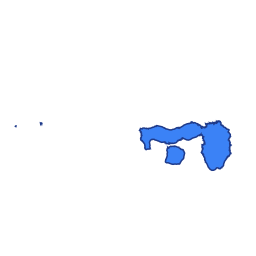 Isabela, Galápagos, Ecuador (Natural Earth projection), rotated 292°
{"feature_id": "8360857B49822942031092", "entity_name": "Isabela", "entity_type": "district", "adm_level": 2, "iso_a3": "ECU", "parent_name": "Ecuador", "parent_adm1": "Galápagos", "projection": "natural_earth1", "projection_center": [-91.231, 0.314], "detail": "fine", "context": "isolated", "style": "filled", "palette": "blue", "viewbox_px": 256, "rotation_deg": 292, "n_neighbors": 0, "source": "geoboundaries", "source_scale": "gbopen_adm2", "svg_char_len": 6074}
<svg xmlns="http://www.w3.org/2000/svg" viewBox="0 0 256 256"><g transform="rotate(292 128 128)"><path d="M131.6,139.5L130.8,139.9L130.1,139.6L129.8,140.6L129.2,141.0L129.3,141.2L129.0,141.2L129.0,141.6L128.6,141.7L128.5,142.3L128.2,142.5L127.6,142.4L126.8,143.1L126.8,142.8L126.4,142.9L124.8,143.8L124.0,143.5L123.7,143.9L122.8,143.7L121.6,144.5L121.6,145.2L121.3,145.5L121.6,146.0L121.1,146.4L121.0,147.0L120.4,147.5L120.4,148.0L119.9,148.4L119.5,149.3L117.4,150.6L116.2,150.9L115.8,151.5L115.2,151.5L114.7,152.9L115.7,153.8L116.5,155.7L116.9,156.2L117.0,155.8L117.8,156.0L118.7,155.1L119.9,155.0L122.9,153.2L125.0,153.4L126.4,154.4L126.4,154.9L126.9,155.3L127.3,156.8L127.0,157.3L127.3,159.4L127.2,160.3L127.4,161.1L127.2,162.4L127.3,164.6L128.8,167.3L128.8,168.0L128.1,168.0L128.2,168.9L127.9,169.2L128.1,169.3L128.1,170.0L128.5,170.9L128.4,172.0L128.9,172.6L129.6,172.0L129.5,172.7L129.9,173.1L130.0,174.2L130.5,174.6L130.4,175.2L131.2,176.6L131.7,177.0L131.9,177.6L132.9,178.4L134.4,178.7L134.9,179.3L135.3,179.1L135.6,179.5L135.4,179.7L135.5,179.6L136.2,180.4L136.1,180.8L136.8,181.2L136.8,181.5L137.1,181.4L137.5,181.6L137.5,181.4L138.0,181.9L138.3,181.9L138.3,182.5L139.2,182.2L139.3,182.7L139.1,183.8L139.0,186.9L139.5,188.7L140.9,190.3L142.7,191.5L145.5,194.9L147.4,195.9L147.8,197.2L148.3,196.9L148.7,197.2L148.7,197.7L149.4,197.9L148.8,198.1L148.8,198.5L149.3,199.0L149.3,199.3L149.0,199.4L148.2,200.3L148.3,201.0L147.9,201.2L148.0,201.3L148.0,201.5L147.2,201.2L147.1,200.9L146.4,201.1L146.4,201.6L145.9,202.2L144.7,202.3L144.5,202.8L144.8,203.2L144.1,204.0L143.6,204.0L143.6,204.3L143.6,204.1L143.2,204.1L142.9,204.9L142.4,204.7L141.9,205.1L141.6,204.2L141.0,204.0L140.7,204.2L140.5,203.6L140.4,203.9L140.0,203.8L140.2,203.4L139.7,203.2L139.2,203.7L138.9,203.5L137.9,203.8L137.6,204.2L137.6,204.9L137.2,205.1L136.6,204.8L136.3,205.0L136.3,205.3L135.0,205.1L134.2,205.4L132.9,205.1L132.3,205.9L132.5,206.7L132.2,207.1L131.9,206.8L131.4,207.4L131.5,207.7L131.1,207.6L130.4,208.7L129.8,209.0L129.6,209.9L129.1,210.0L128.7,210.6L127.4,210.9L127.0,211.2L127.0,211.7L126.5,212.1L125.4,212.5L125.4,213.1L124.0,215.0L121.8,217.1L120.4,219.7L120.2,221.6L120.8,223.0L121.9,224.2L123.0,224.8L124.0,225.0L124.5,225.5L124.7,226.9L124.4,227.5L124.6,228.3L125.0,228.5L124.9,228.8L126.1,229.3L126.3,229.8L127.1,229.7L127.5,230.2L129.0,230.6L131.0,230.0L131.7,230.2L133.1,230.0L136.3,230.8L136.6,230.6L137.2,231.0L137.6,230.9L137.9,231.1L138.1,230.9L138.5,231.4L139.0,231.1L139.4,231.3L139.3,231.5L139.9,232.3L140.9,232.2L141.1,232.4L142.0,232.2L142.8,233.0L143.5,232.5L143.5,231.9L143.2,231.6L143.7,231.8L143.9,231.5L144.9,231.3L145.1,231.0L144.9,230.8L145.1,230.5L145.6,230.8L146.0,230.2L146.5,230.3L146.8,229.9L147.6,229.9L147.8,229.5L148.0,229.6L149.0,229.2L149.4,229.2L150.1,229.8L150.2,228.9L150.6,228.7L150.9,229.0L150.9,228.7L151.5,228.6L151.5,228.2L152.0,228.0L153.0,228.1L153.3,227.4L153.8,227.2L153.8,226.8L154.3,226.6L154.5,225.7L154.9,225.9L155.1,225.5L156.0,225.5L156.5,225.6L156.7,225.9L157.1,225.9L157.1,226.2L157.1,225.9L157.5,225.7L157.9,226.1L158.5,225.9L158.8,226.1L159.0,225.7L160.5,225.2L160.9,224.1L161.6,223.4L161.6,222.6L161.9,222.3L163.5,222.5L164.2,222.3L164.3,221.9L164.0,219.9L164.5,219.5L164.4,218.6L164.9,218.0L164.8,216.2L165.5,215.7L165.4,214.8L165.7,214.7L165.6,214.4L165.8,214.3L165.6,213.9L165.9,213.3L165.8,212.8L167.5,212.4L167.9,211.6L167.8,211.4L168.0,211.2L168.2,211.4L168.5,211.2L168.5,210.9L168.7,210.3L168.1,209.6L168.4,209.3L168.3,208.9L167.6,209.2L166.5,208.7L167.1,208.3L167.0,208.0L167.2,207.6L166.2,207.9L165.9,207.6L165.5,207.9L165.4,207.2L166.0,206.9L165.5,206.1L165.2,206.3L165.1,205.9L164.4,206.5L164.1,206.1L163.8,206.1L164.8,204.6L164.2,204.6L164.1,204.0L163.5,203.8L163.4,203.3L163.8,202.8L163.3,202.4L163.3,202.2L162.9,202.2L163.1,201.7L162.5,202.0L162.2,201.3L162.1,200.3L161.3,199.9L161.2,198.7L160.5,199.6L160.6,199.1L160.5,198.9L159.9,199.7L160.0,199.7L160.1,199.8L159.7,199.7L159.4,200.2L158.9,199.9L158.5,200.2L158.1,199.7L158.0,199.3L157.5,199.6L157.0,199.1L157.2,198.6L156.8,198.3L157.3,196.6L156.9,196.1L156.0,196.1L155.5,196.5L155.4,196.3L156.1,195.9L156.1,195.4L157.1,195.1L157.3,194.3L157.6,194.1L157.4,193.3L157.6,193.0L157.4,192.9L157.6,192.8L157.6,191.8L157.4,191.9L157.6,191.7L157.3,191.6L157.7,191.3L158.0,190.7L157.7,189.9L158.0,188.5L157.8,187.4L157.1,186.7L157.4,186.1L157.1,185.5L157.6,185.3L157.6,184.6L157.5,184.8L157.3,184.4L157.1,184.5L156.6,185.0L156.1,184.4L156.2,184.1L155.0,183.1L154.9,182.5L154.4,182.1L154.2,181.4L152.9,180.1L151.3,178.5L150.3,178.1L148.7,176.8L146.9,175.6L146.9,175.4L147.7,175.5L147.7,175.3L147.6,174.9L146.8,174.6L146.9,173.8L146.5,173.6L146.5,173.1L144.2,171.3L143.6,170.1L142.5,169.0L141.9,167.5L141.6,164.2L141.3,163.6L141.7,162.6L141.5,162.1L141.8,161.5L141.6,161.2L141.9,159.2L141.0,153.7L140.5,153.3L140.4,153.6L140.0,153.5L139.5,152.1L138.4,151.6L137.8,150.3L137.2,150.1L136.7,149.3L136.0,148.7L135.8,147.9L135.4,147.4L135.0,147.3L135.2,147.0L134.7,146.3L134.7,145.5L134.4,145.4L134.5,144.9L134.0,144.1L134.1,143.2L133.5,141.8L133.0,141.4L132.6,141.5L132.3,140.6L131.8,140.1L132.0,139.7L131.6,139.7L131.4,139.6L131.6,139.5ZM123.8,172.1L121.8,172.4L120.4,173.7L118.8,173.9L117.0,174.8L113.4,175.0L113.1,174.8L110.8,175.3L110.4,175.6L110.2,176.8L110.8,178.2L110.9,181.9L111.2,183.4L112.2,185.0L112.7,186.8L113.6,188.0L113.5,188.3L113.7,189.0L114.3,189.4L117.1,189.7L118.4,190.0L118.8,190.3L119.5,190.4L120.1,190.9L121.3,190.9L121.7,190.6L126.0,189.9L126.6,189.1L127.4,188.6L127.7,187.8L128.0,187.6L128.3,187.0L128.5,187.0L128.3,185.5L128.0,185.3L128.2,184.6L128.6,184.2L128.5,183.6L128.8,182.6L129.2,182.3L128.8,181.2L128.9,178.9L128.4,178.4L128.6,178.2L128.6,177.7L128.0,177.3L128.0,176.7L127.1,175.2L127.2,174.9L127.0,174.3L126.4,174.0L125.5,173.1L125.1,172.9L125.0,173.3L124.8,173.3L124.9,173.0L124.4,172.7L124.7,172.2L124.3,172.4L123.8,172.1ZM99.9,45.0L99.4,45.3L99.7,45.3L99.9,45.7L99.9,46.1L99.5,46.5L100.1,46.4L100.3,46.0L99.9,45.5L99.9,45.0ZM87.7,23.0L87.3,23.0L87.3,23.5L87.9,23.4L87.7,23.0Z" fill="#3b82f6" stroke="#1e3a8a" stroke-width="1.5"/></g></svg>